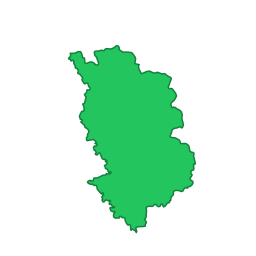 Vitebsk, Albers equal-area conic projection, rotated 59°
{"feature_id": "BLR-2341", "entity_name": "Vitebsk", "entity_type": "Region", "adm_level": 1, "iso_a3": "BLR", "parent_name": "Belarus", "parent_adm1": "", "projection": "albers", "projection_center": [28.969, 55.191], "detail": "fine", "context": "isolated", "style": "filled", "palette": "green", "viewbox_px": 256, "rotation_deg": 59, "n_neighbors": 0, "source": "natural_earth", "source_scale": "10m", "svg_char_len": 5875}
<svg xmlns="http://www.w3.org/2000/svg" viewBox="0 0 256 256"><g transform="rotate(59 128 128)"><path d="M48.8,119.0L48.2,118.9L46.0,118.0L45.5,117.6L45.3,116.9L45.7,115.7L46.9,113.5L47.5,111.1L47.8,110.4L49.2,109.1L49.3,108.4L48.7,107.0L48.9,105.5L51.4,102.2L51.8,100.8L51.9,99.1L51.8,97.3L51.5,95.8L52.4,94.4L53.3,94.0L54.2,94.1L56.2,95.0L57.0,94.9L60.0,93.5L60.7,92.7L62.9,88.9L65.1,86.4L66.0,85.8L70.7,85.4L72.2,85.7L73.0,86.1L75.2,88.1L76.2,88.7L76.9,88.4L79.4,85.9L80.3,87.0L81.4,87.7L82.6,88.1L87.2,88.6L88.2,88.5L88.9,86.1L89.2,83.0L90.3,80.2L93.9,77.9L95.1,75.8L95.3,74.2L96.5,73.1L99.0,71.2L100.1,68.9L100.7,68.3L102.7,67.7L104.2,67.0L105.8,65.9L107.4,65.3L108.8,66.2L109.5,67.4L111.9,70.1L113.0,71.7L113.8,72.5L114.5,72.8L115.4,72.3L116.6,70.4L117.4,69.8L122.8,69.3L125.5,69.9L125.8,70.2L127.9,73.8L128.3,75.4L128.5,76.9L128.9,78.2L129.8,79.1L132.6,79.9L133.4,79.7L133.5,78.2L134.4,77.2L136.7,76.2L138.8,74.8L140.6,74.1L142.7,74.1L144.8,74.9L147.6,77.0L153.2,78.6L153.9,79.0L155.2,80.5L155.6,81.1L155.7,81.6L155.5,82.0L155.0,82.1L154.1,82.6L153.8,82.8L153.5,83.4L153.1,86.2L152.2,88.4L152.1,89.4L152.3,90.8L152.8,91.7L154.6,93.3L156.4,95.9L157.1,96.3L158.1,96.0L160.9,92.5L164.5,90.4L165.5,90.2L168.0,90.8L168.9,90.3L170.3,87.6L171.2,86.4L172.6,85.6L174.0,85.2L175.5,85.3L179.8,86.9L180.8,86.5L182.4,84.9L183.2,84.5L183.9,84.6L185.8,86.2L193.1,88.5L193.4,88.8L193.4,89.4L193.1,90.5L193.6,91.0L196.9,92.5L197.5,93.2L197.7,94.0L197.4,95.2L197.4,95.8L197.9,96.7L198.7,97.2L199.5,97.3L201.0,97.2L201.5,97.4L203.4,101.1L204.4,101.3L205.6,100.6L207.2,100.0L208.6,100.6L209.7,102.4L210.0,104.8L209.3,107.2L210.1,107.6L209.9,108.4L208.9,109.2L208.7,110.3L209.0,111.4L210.2,113.1L210.2,114.4L209.8,115.1L207.6,116.8L206.4,118.7L205.9,119.9L205.8,121.1L206.2,121.9L206.8,122.5L208.2,123.1L208.7,123.9L209.4,126.3L209.9,127.1L211.7,128.4L212.1,128.9L212.2,129.2L212.1,129.8L212.1,130.1L212.8,130.4L213.1,130.9L213.2,131.3L213.0,132.0L212.7,132.4L212.7,132.9L212.8,133.4L213.6,135.1L214.1,136.7L214.1,137.9L213.2,138.2L211.4,137.8L210.7,137.9L210.4,138.7L210.9,139.8L211.4,140.5L211.6,141.2L211.0,142.5L210.3,143.0L208.0,143.5L207.2,144.3L207.3,144.9L207.7,145.9L207.7,147.5L207.1,148.6L206.3,149.5L205.6,150.7L205.4,152.5L205.8,153.5L206.4,153.9L207.9,154.4L213.8,158.5L214.4,159.5L214.5,160.7L215.3,160.6L218.5,160.8L219.4,162.6L221.0,163.8L220.0,166.3L218.2,169.4L217.3,172.3L218.5,173.1L221.3,173.8L221.7,174.7L220.9,174.8L219.7,174.7L218.6,175.5L217.1,176.1L216.9,176.5L217.2,177.8L216.9,178.1L212.6,176.1L211.8,176.3L211.4,176.6L211.3,176.9L211.4,177.6L211.3,177.9L210.2,178.3L207.7,178.3L205.7,178.0L204.0,177.2L203.3,177.4L202.3,178.0L202.1,178.8L201.8,179.1L200.2,179.7L199.6,180.1L199.5,180.6L199.6,180.8L200.5,181.7L200.6,182.0L199.8,183.0L199.2,184.6L198.5,185.4L197.3,186.0L196.7,186.0L195.6,185.6L194.4,184.5L193.5,182.7L192.9,182.4L192.5,182.8L192.4,183.5L192.1,184.1L190.3,185.2L189.6,185.2L187.5,184.8L187.2,184.5L187.0,184.2L188.4,182.2L189.0,180.6L188.9,180.3L186.6,181.8L184.4,181.8L184.2,182.9L183.6,183.2L181.4,181.8L181.4,181.4L181.7,181.2L181.7,180.8L181.1,180.6L180.6,181.1L180.3,182.0L179.8,182.7L178.4,183.8L178.3,184.0L178.4,185.0L178.9,186.2L179.0,186.6L178.7,187.3L178.4,187.4L176.8,187.5L176.1,187.1L176.1,186.4L173.6,186.0L173.6,185.3L172.9,184.5L172.9,183.9L172.8,183.5L170.9,182.9L170.6,183.1L170.4,183.6L171.0,184.2L171.1,184.4L170.8,184.7L169.9,185.0L164.9,185.8L164.4,185.8L162.1,184.8L161.1,184.7L160.6,185.1L159.8,186.7L157.9,187.3L157.3,188.7L156.8,189.2L155.3,190.3L153.9,190.7L153.6,190.6L153.1,189.8L153.2,187.9L153.5,187.3L154.8,186.1L155.1,185.5L155.1,185.2L154.2,183.7L153.4,183.0L153.4,182.8L153.9,182.3L154.2,181.3L154.6,181.0L154.9,180.4L155.1,179.2L155.6,173.7L156.7,171.7L156.7,171.2L156.1,170.5L156.0,170.0L158.0,167.7L157.8,166.0L157.3,165.4L156.8,165.3L156.5,165.4L156.4,166.9L156.0,167.4L155.6,167.5L152.9,166.9L151.2,168.1L150.8,168.1L149.6,167.6L148.1,167.5L148.0,165.5L147.8,164.4L147.5,164.0L147.0,163.8L145.2,164.5L144.7,164.5L144.5,164.3L144.5,163.9L145.0,163.2L144.7,163.2L143.1,163.9L142.1,165.4L141.1,165.8L140.1,165.8L135.0,165.0L134.7,165.3L134.5,166.4L134.6,166.8L135.2,167.7L135.2,168.1L134.7,169.1L133.6,169.4L133.2,169.3L133.1,169.1L132.9,168.0L132.5,167.8L130.6,167.6L129.8,168.3L129.4,168.4L127.0,167.6L126.5,167.1L126.3,166.2L126.3,165.7L127.0,164.5L127.0,164.1L126.9,163.7L126.4,163.0L125.9,162.7L125.0,163.8L124.3,164.1L123.7,162.5L123.3,162.5L120.1,163.5L119.9,163.9L117.9,169.3L117.4,169.7L116.7,169.6L115.0,168.6L114.7,167.7L114.5,167.4L114.1,166.9L112.8,166.1L112.3,165.5L111.6,164.0L110.6,163.1L109.5,163.0L107.7,163.3L106.8,163.6L105.6,164.5L103.3,164.0L98.6,165.3L98.3,164.9L98.3,163.8L98.2,163.5L97.5,163.2L96.9,163.2L96.1,164.2L95.6,164.3L92.9,163.6L92.3,162.6L91.1,161.4L90.8,160.4L90.0,159.4L90.0,159.1L90.4,158.3L90.6,157.2L90.0,156.5L88.1,155.2L84.4,154.5L84.2,154.4L84.1,154.1L84.4,152.8L84.3,152.4L81.4,149.6L80.4,148.2L79.8,148.0L77.8,148.2L76.8,148.0L76.7,147.8L76.7,146.7L76.4,145.9L75.4,144.5L74.3,143.5L74.4,143.1L75.4,141.7L75.6,141.2L75.2,140.6L74.4,139.9L72.1,140.3L69.1,139.5L67.9,140.3L67.8,140.7L68.0,141.6L68.0,142.3L67.3,142.7L64.4,142.8L63.0,142.6L62.5,142.3L61.8,141.2L61.3,141.0L57.5,141.5L55.9,142.5L55.0,142.8L54.6,142.6L54.2,141.8L53.8,141.4L53.2,141.0L50.8,141.0L50.0,141.9L49.1,142.1L47.8,141.3L45.7,141.3L44.7,141.1L42.2,139.9L41.5,140.3L41.3,140.9L41.4,141.8L41.2,142.1L40.8,142.4L40.2,141.9L39.8,142.0L39.5,142.2L38.6,143.0L38.1,143.2L37.5,142.8L37.3,142.0L37.1,140.5L36.8,140.2L34.3,138.9L35.0,137.9L36.5,135.0L36.6,134.4L36.7,133.6L36.8,132.0L36.9,131.3L38.1,129.5L39.8,129.3L44.2,130.5L44.6,130.4L45.4,129.5L45.9,129.4L49.7,131.3L50.6,131.2L51.2,130.3L51.6,128.4L51.9,126.6L52.2,125.9L52.8,125.1L53.9,124.1L54.5,123.8L56.9,123.2L57.8,122.6L58.3,121.5L58.0,120.4L57.2,119.8L51.1,118.5L48.8,119.0Z" fill="#22c55e" stroke="#15803d" stroke-width="1.5"/></g></svg>